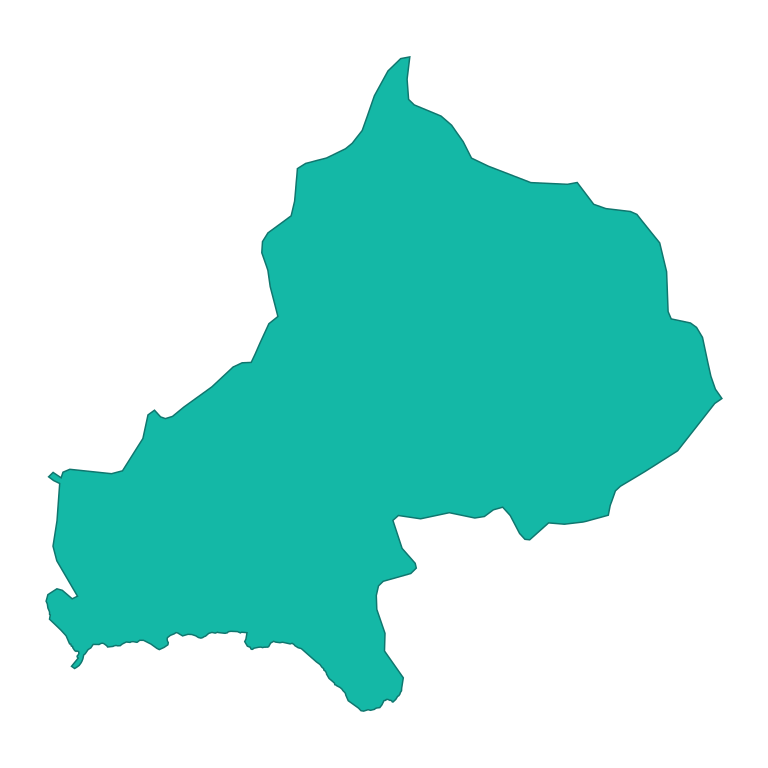 Cavnic, Maramures, Romania
{"feature_id": "2599482B81907066395541", "entity_name": "Cavnic", "entity_type": "district", "adm_level": 2, "iso_a3": "ROU", "parent_name": "Romania", "parent_adm1": "Maramures", "projection": "orthographic", "projection_center": [23.847, 47.662], "detail": "fine", "context": "isolated", "style": "filled", "palette": "teal", "viewbox_px": 768, "rotation_deg": 0, "n_neighbors": 0, "source": "geoboundaries", "source_scale": "gbopen_adm2", "svg_char_len": 3908}
<svg xmlns="http://www.w3.org/2000/svg" viewBox="0 0 768 768"><path d="M645.0,471.5L677.6,450.8L686.7,439.2L714.7,403.5L721.9,398.5L715.4,389.2L710.9,376.3L707.8,362.4L702.5,337.4L696.6,327.5L690.5,323.0L671.2,318.9L668.1,311.6L666.6,271.7L659.7,242.9L651.3,232.5L641.2,219.9L636.9,214.4L630.4,211.5L605.9,208.6L593.7,204.3L577.2,182.5L567.5,184.3L530.8,182.6L488.4,166.2L479.2,161.8L471.5,158.1L468.5,152.2L463.2,141.7L456.6,132.4L451.6,125.2L441.1,116.1L414.2,104.9L408.6,99.4L407.1,79.2L409.8,56.9L400.7,58.6L388.0,70.9L374.4,95.7L367.5,115.6L362.2,130.5L355.6,138.9L352.3,143.2L345.4,148.8L329.6,156.5L326.5,158.0L322.7,159.0L317.1,160.4L310.1,162.3L305.7,163.4L297.4,168.6L296.9,175.2L296.2,182.7L295.7,189.0L295.1,195.9L294.6,201.2L294.4,202.1L293.4,206.3L292.0,212.3L291.1,215.9L289.0,217.4L283.9,221.2L268.0,232.8L262.5,241.6L262.1,247.7L261.8,252.8L262.2,253.9L266.6,266.5L267.9,270.4L268.6,275.4L270.2,286.6L272.3,294.7L275.0,305.1L277.9,316.5L268.9,323.7L260.1,342.8L255.1,354.2L251.2,362.4L242.1,362.8L233.1,367.0L211.8,386.9L183.8,407.1L172.5,416.4L165.4,418.6L160.6,416.9L154.5,410.2L148.0,414.9L142.9,438.5L136.7,448.3L122.5,470.8L111.5,473.7L69.8,469.3L63.0,472.2L61.1,477.8L53.1,472.4L48.6,476.8L53.5,480.5L56.6,482.0L59.7,483.5L57.0,520.8L56.0,527.2L53.0,546.2L56.8,560.8L77.5,596.2L72.2,598.8L62.3,590.3L56.9,588.8L52.4,591.7L47.9,594.6L46.1,601.2L47.3,603.9L47.9,608.0L49.5,611.8L49.6,614.5L50.3,614.9L49.5,619.2L55.2,624.6L60.9,630.1L66.1,635.8L69.6,643.9L70.7,644.0L71.0,645.1L71.4,646.1L72.6,646.4L72.7,647.6L74.7,650.6L76.1,651.4L76.8,651.0L78.6,651.6L78.9,653.5L78.0,655.1L77.4,655.6L77.2,656.2L77.1,656.8L78.2,658.1L71.5,666.3L74.6,668.5L76.5,667.4L78.0,666.3L79.2,665.4L81.1,662.8L81.9,661.3L82.9,658.8L83.7,655.0L85.2,653.8L88.1,649.6L90.8,647.9L93.2,644.4L99.1,644.5L101.0,643.4L102.6,643.2L104.0,643.7L106.8,645.8L107.6,647.0L113.1,646.4L113.9,645.9L116.1,645.4L117.4,645.8L120.2,645.7L122.3,644.0L126.3,642.0L130.1,642.4L130.9,641.9L132.0,641.7L133.1,641.6L136.7,642.3L137.3,642.2L139.7,640.3L143.5,640.3L151.0,644.1L156.9,648.4L159.3,649.6L164.1,647.4L167.9,644.8L168.3,642.6L167.4,641.0L167.1,638.9L167.5,637.6L170.3,635.4L174.5,633.7L175.9,632.6L177.6,632.9L182.6,635.9L188.0,634.3L191.8,634.5L195.7,635.8L198.4,637.5L200.9,638.1L202.7,637.6L203.8,636.8L205.6,636.1L208.7,633.4L211.9,632.4L215.2,633.1L217.7,632.2L218.1,632.5L219.5,632.7L225.0,633.3L227.3,632.8L228.4,631.7L230.9,631.3L237.5,631.6L240.4,632.9L241.5,632.2L247.0,632.7L245.9,639.2L244.7,641.6L247.4,646.2L250.3,647.3L250.8,648.8L251.6,649.3L252.6,649.3L254.0,648.2L258.9,647.2L261.0,647.1L262.5,647.6L264.1,647.2L267.8,647.1L268.7,646.6L270.6,643.1L273.6,641.3L275.6,642.1L280.0,642.7L282.5,642.2L290.1,643.9L292.1,643.3L294.0,644.5L294.8,645.6L298.1,647.7L301.3,648.6L316.4,661.9L320.0,664.5L322.0,667.3L323.6,668.6L323.9,670.1L325.4,671.2L326.5,673.2L326.5,674.0L329.1,678.5L334.4,683.0L334.8,684.7L335.8,684.9L336.5,685.6L340.1,687.5L342.0,689.2L342.9,690.6L344.6,692.3L345.5,693.6L345.7,694.9L348.2,700.7L358.5,708.1L361.0,710.7L363.7,711.1L368.1,709.7L370.5,710.3L374.6,709.3L375.4,708.5L376.7,708.0L379.8,707.6L381.9,704.9L384.0,700.6L385.7,700.3L385.7,699.9L386.5,699.4L387.9,699.4L389.8,700.3L390.8,700.3L391.8,701.0L392.3,701.9L393.0,702.0L395.8,699.4L397.6,696.4L398.1,696.1L398.6,695.9L399.7,694.5L400.5,692.3L401.5,690.8L401.7,687.7L401.8,687.3L403.3,677.8L384.5,651.0L385.0,633.3L376.8,609.4L376.3,595.5L378.5,585.9L383.2,581.3L410.8,573.5L416.3,568.1L415.2,563.3L402.1,548.4L392.9,520.4L398.4,515.5L420.6,518.8L449.3,512.7L474.8,518.0L479.3,517.3L484.4,516.5L493.4,509.8L502.7,507.2L510.2,515.5L514.4,523.5L519.6,533.5L524.9,539.3L529.7,539.8L548.6,522.9L564.4,524.2L583.1,522.0L586.6,521.2L591.2,519.9L601.5,517.1L608.3,515.2L609.2,510.6L610.1,505.9L610.6,504.3L611.6,501.7L614.4,493.8L615.4,490.9L620.3,486.3L634.2,478.0L645.0,471.5Z" fill="#14b8a6" stroke="#0f766e" stroke-width="1.5"/></svg>